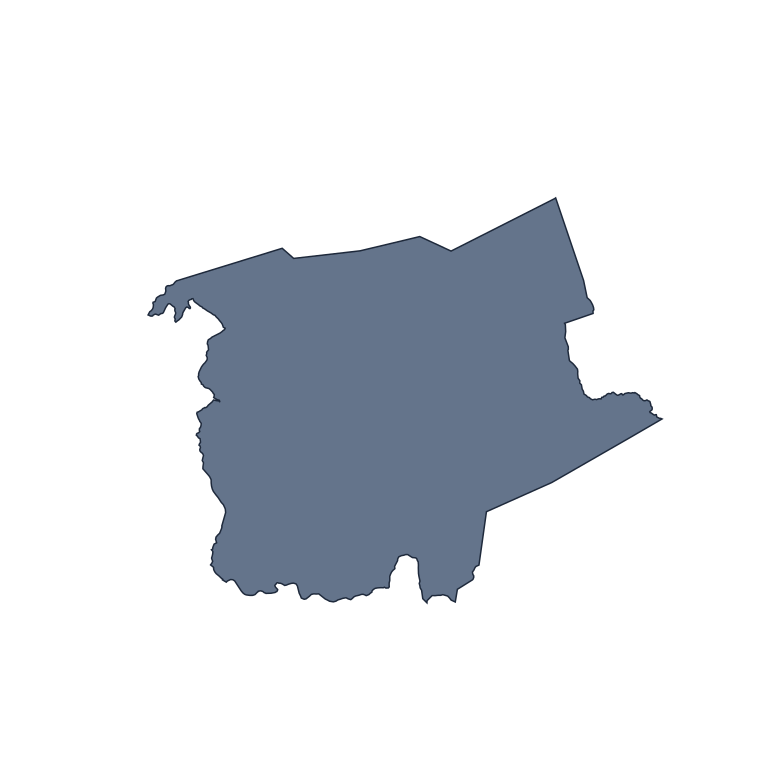 outline of San Francisco Sola, Oaxaca, Mexico, rotated 314°
{"feature_id": "50627088B91493319317799", "entity_name": "San Francisco Sola", "entity_type": "district", "adm_level": 2, "iso_a3": "MEX", "parent_name": "Mexico", "parent_adm1": "Oaxaca", "projection": "robinson", "projection_center": [-96.931, 16.519], "detail": "fine", "context": "isolated", "style": "filled", "palette": "slate", "viewbox_px": 768, "rotation_deg": 314, "n_neighbors": 0, "source": "geoboundaries", "source_scale": "gbopen_adm2", "svg_char_len": 6135}
<svg xmlns="http://www.w3.org/2000/svg" viewBox="0 0 768 768"><g transform="rotate(314 384 384)"><path d="M411.6,231.8L410.9,216.5L314.1,163.1L312.3,162.9L309.5,163.2L308.4,162.9L307.8,162.5L305.9,161.7L305.2,160.8L304.0,159.9L302.7,159.7L301.1,160.4L299.3,162.5L297.9,163.2L296.3,163.9L294.7,163.3L292.5,161.6L289.1,160.7L287.7,160.6L284.3,162.1L282.4,161.1L281.6,161.6L280.8,163.2L279.8,163.9L278.9,164.7L276.9,165.5L274.8,165.6L273.3,165.3L269.8,166.3L270.1,167.0L270.6,168.7L271.6,169.9L272.3,170.3L273.2,170.1L275.2,170.8L275.7,171.3L276.9,174.0L277.8,174.3L279.6,174.5L280.2,175.1L281.0,175.6L282.0,175.7L287.3,173.9L291.3,173.1L292.4,173.5L293.1,174.6L293.3,178.2L293.7,179.3L293.0,181.6L292.1,181.9L291.3,182.9L290.9,184.0L290.4,184.8L289.6,185.4L287.0,186.4L286.2,187.1L285.8,188.6L284.5,189.4L283.9,190.2L283.9,191.3L286.4,191.6L287.3,191.9L291.7,191.9L294.0,190.9L295.0,190.1L296.0,189.7L301.2,188.4L302.4,188.7L302.9,189.5L303.1,190.3L303.0,191.3L303.4,192.0L304.1,192.0L304.7,191.4L305.0,190.5L305.1,189.5L305.8,187.6L306.9,186.6L307.2,185.8L308.4,185.5L309.9,185.9L311.0,186.6L311.8,186.5L312.7,187.3L311.8,189.2L311.6,190.6L311.7,191.8L312.2,195.3L312.3,197.4L313.0,199.4L312.8,201.1L313.3,202.3L313.9,206.2L314.9,210.0L315.3,213.2L316.0,214.7L315.7,216.6L315.7,219.8L315.4,221.3L315.1,224.3L314.8,225.7L314.5,226.5L313.2,229.1L313.8,231.0L312.4,231.5L310.4,231.1L309.4,231.1L306.9,230.7L298.9,227.9L297.8,227.6L296.4,227.6L293.8,226.9L291.9,227.7L290.1,229.0L289.7,230.4L288.7,231.7L286.7,234.0L285.7,234.2L285.0,234.1L283.6,234.4L282.6,235.5L281.1,236.2L280.2,238.5L278.9,239.7L277.6,240.1L274.7,240.5L273.7,240.4L271.7,240.5L269.3,240.9L264.5,242.5L262.6,243.5L261.4,244.7L260.2,245.2L258.9,247.4L258.3,249.6L258.1,251.5L257.1,252.7L257.7,254.1L257.2,255.8L257.2,257.4L257.4,258.2L259.1,261.2L259.3,262.7L259.1,266.5L258.6,267.8L258.6,269.2L257.0,270.4L255.9,270.9L256.8,274.7L257.9,276.9L256.9,278.6L257.2,276.8L256.3,275.9L255.6,275.0L254.1,272.5L251.8,272.8L246.6,272.3L245.5,272.5L244.1,272.5L243.0,272.1L242.7,271.5L241.9,271.3L240.7,270.8L240.0,270.7L238.9,270.9L234.9,269.8L233.9,269.2L232.6,269.9L230.9,273.1L230.1,274.8L229.8,276.1L229.2,277.4L228.7,279.9L227.2,281.1L225.1,282.2L223.9,282.1L222.5,283.2L221.8,284.5L220.0,284.5L218.9,283.9L217.8,283.9L216.7,284.7L216.9,285.7L216.4,288.0L216.9,289.6L215.7,291.2L214.6,292.5L212.8,292.8L211.5,293.4L211.6,294.9L210.7,296.2L209.0,296.9L208.0,298.1L207.8,300.0L208.0,301.2L207.8,302.5L207.1,303.9L205.4,304.8L202.7,306.4L202.3,307.6L202.2,308.5L201.3,309.4L198.9,311.1L197.2,312.6L196.4,321.8L196.1,323.3L195.1,326.1L192.7,328.5L190.8,330.8L189.2,333.4L188.2,335.9L187.5,340.1L187.1,343.5L185.8,349.1L185.6,352.3L183.9,356.6L181.5,359.4L169.1,366.0L168.8,366.6L167.3,367.5L162.6,369.4L161.4,369.4L159.3,369.3L158.2,369.5L157.1,369.5L156.3,370.2L155.4,370.6L153.5,373.9L150.8,373.0L147.5,374.4L146.3,375.4L144.9,375.0L144.7,377.0L144.4,377.5L142.6,378.9L140.6,380.1L139.3,380.7L138.7,381.3L137.5,383.9L135.6,384.6L133.4,384.9L133.7,388.2L133.6,388.9L132.5,390.0L132.2,390.5L131.8,391.4L131.3,392.9L131.0,395.0L131.3,398.7L131.3,402.2L131.5,403.7L130.9,403.9L131.9,408.2L133.5,408.2L136.8,409.5L138.1,411.1L138.4,412.0L138.6,413.5L136.0,425.0L135.7,427.5L135.9,429.7L136.6,431.4L137.4,432.5L138.8,434.4L140.7,436.3L141.7,436.9L143.0,437.5L146.0,437.5L147.1,437.7L147.6,437.5L149.6,439.0L150.6,441.1L150.7,442.9L151.2,443.8L151.4,444.6L152.7,445.8L154.9,448.0L158.4,450.5L159.4,450.7L160.3,451.1L161.7,450.7L162.3,450.3L162.5,447.1L163.1,445.5L164.3,445.2L165.2,445.3L166.1,445.1L166.8,445.2L167.3,445.7L167.6,446.6L168.8,448.0L169.5,449.7L170.1,452.5L171.6,453.5L173.5,454.3L176.0,455.7L177.8,457.1L179.1,459.5L178.6,461.9L174.6,468.3L173.6,471.1L172.6,473.2L173.7,476.1L175.3,477.2L179.5,477.8L182.2,477.9L184.3,479.3L186.0,481.3L187.7,482.8L188.5,491.1L189.3,493.4L189.9,495.7L192.1,498.9L194.4,500.3L196.6,500.8L198.9,502.1L201.1,503.2L203.9,505.2L204.5,507.4L205.8,509.9L207.8,510.2L209.8,510.2L211.7,510.8L214.6,512.7L216.8,513.8L218.2,515.0L219.0,516.8L219.4,518.2L222.0,519.4L224.1,519.5L225.8,519.9L226.9,519.1L228.9,519.1L230.9,519.6L233.0,521.1L235.4,523.3L236.9,525.0L238.1,525.5L238.5,527.1L240.3,528.8L241.7,528.7L242.9,527.4L244.5,525.9L246.6,524.7L249.7,521.7L252.3,520.6L254.4,520.0L256.6,519.9L258.7,520.1L260.2,518.3L266.3,516.5L267.8,515.3L270.0,514.7L272.7,515.8L274.6,517.2L276.4,518.1L277.8,519.6L278.2,521.8L278.9,525.0L281.0,527.6L281.0,529.1L280.1,530.8L279.9,532.0L277.8,534.4L275.6,536.4L271.6,540.5L269.8,542.9L267.2,546.8L265.0,547.9L263.7,550.1L262.5,551.6L261.7,554.4L256.5,561.0L256.4,566.9L258.1,565.5L265.2,565.6L267.4,567.9L269.6,569.7L271.4,571.6L273.3,572.6L275.7,577.1L275.6,579.7L275.2,582.4L276.7,586.7L287.3,579.4L304.6,583.7L305.6,583.6L307.4,582.8L308.4,581.7L308.8,580.1L310.2,578.2L312.3,578.0L315.2,577.0L316.7,576.9L319.7,578.1L363.3,546.4L429.6,573.1L515.0,597.8L552.0,608.3L551.5,606.9L550.6,605.9L549.8,603.1L551.1,601.2L550.5,600.6L549.4,600.0L549.1,598.6L548.8,596.3L548.3,595.3L548.7,594.4L551.7,594.7L553.1,593.6L553.7,592.4L553.7,591.0L554.6,590.1L556.1,587.4L555.9,586.6L555.5,585.9L555.2,584.2L553.8,583.7L552.6,582.7L552.2,581.4L552.4,579.3L551.9,578.5L552.4,576.9L553.2,575.9L552.7,573.9L552.7,572.7L552.1,570.4L551.4,570.3L550.5,568.9L548.9,568.0L547.5,565.9L544.5,563.9L542.5,563.7L541.9,563.1L542.2,561.7L541.2,561.0L540.1,560.8L538.3,560.1L538.0,559.5L537.7,558.2L537.4,554.8L536.4,554.0L534.8,554.0L534.1,553.5L533.3,552.2L531.9,551.5L529.2,551.5L528.2,550.7L526.8,550.8L525.7,549.9L524.1,550.5L522.7,548.9L521.7,548.3L520.5,547.8L519.6,546.3L517.5,545.0L516.8,542.8L516.9,541.2L516.0,539.3L516.3,537.6L515.7,534.8L517.3,532.5L518.0,530.1L520.6,526.5L520.6,524.2L522.4,522.6L523.0,519.6L525.8,516.3L527.8,514.5L529.1,512.8L529.7,508.7L529.9,505.5L529.6,501.9L529.8,500.9L536.0,492.8L536.9,492.6L538.8,490.7L542.9,482.0L547.9,478.3L552.7,473.2L553.1,471.7L580.0,485.4L581.7,483.6L583.1,483.4L584.5,481.7L585.8,479.2L586.8,476.2L587.3,474.2L587.2,470.2L597.1,455.7L637.1,378.2L636.0,378.0L526.2,339.9L514.9,307.3L463.2,274.3L411.6,231.8Z" fill="#64748b" stroke="#1e293b" stroke-width="1.5"/></g></svg>